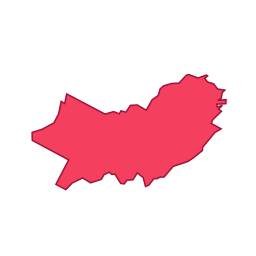 outline of Richland, Louisiana, United States of America, rotated 208°
{"feature_id": "52423323B54730656664663", "entity_name": "Richland", "entity_type": "district", "adm_level": 2, "iso_a3": "USA", "parent_name": "United States of America", "parent_adm1": "Louisiana", "projection": "mercator", "projection_center": [-91.813, 32.409], "detail": "fine", "context": "isolated", "style": "filled", "palette": "rose", "viewbox_px": 256, "rotation_deg": 208, "n_neighbors": 0, "source": "geoboundaries", "source_scale": "gbopen_adm2", "svg_char_len": 1018}
<svg xmlns="http://www.w3.org/2000/svg" viewBox="0 0 256 256"><g transform="rotate(208 128 128)"><path d="M83.6,211.6L89.6,205.1L99.4,203.7L101.2,202.1L104.1,191.5L110.4,187.8L116.4,181.9L118.0,177.5L116.6,170.9L120.0,164.1L120.2,152.3L130.6,152.7L136.5,149.1L137.3,141.0L142.3,139.9L142.3,136.5L148.4,135.7L154.8,129.5L198.1,129.3L195.4,119.9L199.5,120.2L195.9,107.9L195.8,97.8L203.3,86.5L210.6,79.1L206.7,72.1L165.4,72.0L165.2,44.4L154.0,44.4L151.4,53.3L144.6,62.6L135.3,62.0L127.4,70.2L127.3,75.5L123.9,80.1L120.6,79.4L117.8,81.1L108.4,75.6L105.0,76.9L104.5,81.3L99.3,84.6L98.7,92.7L91.4,91.4L85.1,84.6L82.8,87.2L81.3,95.5L78.6,96.8L76.8,99.6L73.1,101.7L70.1,115.3L59.3,126.7L56.5,131.9L51.7,143.1L53.1,146.0L50.0,160.7L49.3,164.6L45.4,171.0L56.6,171.1L57.0,175.3L53.3,186.6L56.8,187.2L55.3,192.2L59.0,188.5L60.8,190.7L53.0,195.4L54.8,199.1L61.6,194.6L59.6,198.1L61.4,203.4L60.3,206.9L67.2,204.5L73.2,207.2L79.3,206.0L83.6,207.8L82.1,211.3L83.6,211.6Z" fill="#f43f5e" stroke="#9f1239" stroke-width="1.5"/></g></svg>